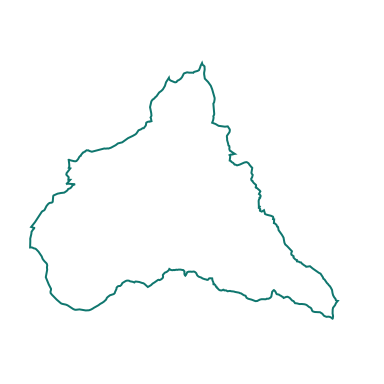 Toplita, Harghita, Romania (Equal Earth projection), rotated 276°
{"feature_id": "2599482B58204305263663", "entity_name": "Toplita", "entity_type": "district", "adm_level": 2, "iso_a3": "ROU", "parent_name": "Romania", "parent_adm1": "Harghita", "projection": "equal_earth", "projection_center": [25.313, 46.98], "detail": "fine", "context": "isolated", "style": "outline", "palette": "teal", "viewbox_px": 384, "rotation_deg": 276, "n_neighbors": 0, "source": "geoboundaries", "source_scale": "gbopen_adm2", "svg_char_len": 5907}
<svg xmlns="http://www.w3.org/2000/svg" viewBox="0 0 384 384"><g transform="rotate(276 192 192)"><path d="M98.9,348.3L98.9,347.5L99.4,346.4L100.8,345.8L102.2,344.4L104.1,343.1L106.2,342.3L109.2,341.5L111.6,339.9L113.0,338.7L113.5,337.9L114.5,337.1L115.6,335.7L118.8,333.0L119.6,331.6L120.6,331.3L124.2,328.4L124.9,326.6L128.5,320.1L130.5,317.1L129.6,313.6L129.6,313.3L130.1,312.9L130.8,311.3L132.3,308.8L133.4,307.7L133.3,306.6L133.9,305.4L134.0,303.6L135.3,303.4L135.3,302.8L135.9,301.6L137.4,299.8L138.7,299.8L140.1,297.4L141.5,297.1L143.5,297.6L148.0,292.4L149.6,290.2L151.3,289.2L156.2,287.8L158.8,285.9L163.1,282.1L165.9,281.3L166.4,281.0L166.4,280.4L166.7,280.2L168.2,279.4L169.4,277.7L169.6,276.7L173.4,276.6L173.5,275.4L175.1,275.5L175.9,275.1L176.6,273.1L177.0,270.1L177.3,268.4L177.7,267.0L181.4,265.5L179.8,263.4L180.4,261.6L181.0,261.4L182.0,261.7L182.4,261.4L183.0,260.3L184.2,260.8L184.2,260.2L184.6,260.3L184.6,260.0L190.1,259.2L191.7,259.4L193.2,260.3L193.6,259.9L194.0,260.4L195.2,260.7L196.0,260.2L197.0,258.8L199.8,259.9L200.7,259.0L202.7,256.2L202.7,255.8L203.0,255.1L203.3,254.9L203.5,255.2L205.4,255.0L205.7,254.7L205.9,254.7L207.4,252.5L209.1,250.9L209.4,250.9L209.6,250.2L210.3,249.7L211.4,249.5L212.8,250.2L215.3,250.6L216.6,249.4L217.3,249.1L222.3,249.4L223.2,248.4L223.4,247.9L224.4,247.2L224.6,246.7L226.4,245.3L227.2,243.9L227.4,242.9L226.8,241.0L224.2,236.5L223.2,234.0L223.8,232.3L223.7,231.5L225.2,230.0L226.0,228.2L226.8,227.4L227.2,226.2L231.7,226.3L232.6,225.5L233.2,226.5L233.6,228.6L234.1,229.5L234.4,230.6L236.1,227.2L236.5,226.8L236.7,225.8L237.7,225.0L238.8,224.6L240.5,224.6L241.7,224.2L242.0,223.5L242.6,223.2L243.6,223.0L247.3,221.5L249.1,221.3L250.5,220.9L251.6,220.9L255.4,223.0L256.8,223.2L258.2,223.0L261.0,220.7L260.4,217.9L260.6,211.5L262.1,208.3L263.0,204.8L265.6,205.5L268.1,205.7L269.6,205.3L271.1,205.9L272.2,205.9L282.1,204.0L283.5,204.6L286.2,204.8L287.8,204.7L296.3,201.3L299.6,199.6L303.1,196.5L306.1,192.9L310.2,191.8L311.7,191.6L315.1,191.8L318.2,191.3L319.0,190.4L319.6,189.2L321.3,188.5L318.1,187.3L316.8,187.1L313.9,186.2L313.0,184.9L311.7,181.6L310.7,180.8L310.8,180.5L310.4,176.6L310.5,174.6L309.2,171.8L308.7,171.4L305.2,170.1L303.4,168.9L301.7,166.9L301.3,166.0L299.7,165.0L299.3,163.8L299.4,163.1L300.6,159.1L301.2,158.1L302.2,157.4L303.2,157.1L298.4,154.7L294.7,154.0L291.0,152.3L289.4,151.0L287.5,148.9L283.5,146.7L282.2,145.4L281.9,145.3L280.2,143.9L279.9,143.2L277.9,142.1L272.0,141.4L266.2,143.2L263.6,143.7L261.7,143.0L261.1,143.4L258.2,144.3L257.5,142.5L257.7,142.3L257.1,140.5L256.2,139.3L253.3,139.1L250.4,137.3L250.3,136.2L249.0,134.7L247.8,132.4L244.4,130.6L243.4,129.7L241.6,127.2L238.9,122.8L234.1,117.4L232.6,113.3L230.6,111.2L227.6,106.8L226.5,104.4L226.5,103.3L226.1,101.6L226.1,100.2L221.6,88.2L222.1,85.5L222.6,84.7L222.4,83.6L222.5,82.9L221.8,82.0L221.1,81.6L220.9,80.9L219.8,79.8L219.8,79.4L217.1,77.7L216.5,77.7L216.0,76.9L215.0,76.2L212.8,75.3L210.8,73.9L210.4,73.0L210.3,71.6L210.8,67.8L211.2,66.3L211.1,66.0L207.2,66.9L204.7,67.3L203.1,66.9L202.8,68.5L197.6,65.3L196.1,65.2L193.8,67.8L191.3,67.7L191.4,69.6L186.5,66.1L187.3,67.4L187.5,74.9L186.2,72.6L183.7,71.2L182.7,70.0L182.1,68.6L180.6,67.9L179.0,66.2L178.0,64.9L177.3,61.7L176.3,58.5L174.1,54.7L173.4,54.4L167.7,54.5L166.8,53.7L166.2,51.4L164.9,50.1L162.7,48.7L158.9,47.3L158.2,46.7L157.3,45.3L156.5,44.6L145.6,39.0L140.4,35.7L139.8,38.8L139.2,38.8L138.5,38.1L135.7,36.6L133.5,36.6L128.7,36.0L126.4,36.3L119.9,36.8L120.1,37.9L120.0,39.3L119.5,40.3L119.3,42.0L118.8,43.0L116.6,45.6L112.2,49.3L110.1,50.3L109.1,51.1L107.7,52.5L106.0,54.6L105.1,55.3L103.8,55.7L102.0,55.6L99.5,56.1L92.0,55.5L85.1,59.2L81.0,61.9L79.9,62.0L78.4,61.7L76.8,61.9L75.3,63.3L70.8,68.7L67.6,73.3L67.2,74.6L66.8,78.4L66.3,80.1L63.1,86.3L62.7,87.9L62.7,88.8L63.5,92.4L63.1,98.7L63.6,101.9L64.4,103.6L65.6,105.4L66.4,106.3L69.6,110.8L71.2,112.5L72.2,114.0L73.6,115.7L76.0,117.8L77.6,118.3L78.6,119.0L80.7,121.2L82.3,124.8L83.3,125.7L84.1,125.8L87.7,127.0L88.9,127.0L89.6,127.4L90.4,128.1L90.8,128.9L91.0,130.3L92.1,131.4L94.2,132.3L96.5,135.3L97.0,136.3L97.2,137.4L97.2,138.6L96.7,139.8L96.5,142.4L96.0,144.2L96.9,144.9L97.1,145.4L97.0,148.9L96.3,152.0L96.2,153.1L95.7,154.2L92.9,158.0L95.1,161.0L96.8,162.4L98.1,164.1L101.0,167.4L101.2,167.9L101.0,168.9L101.4,169.7L102.2,170.8L103.7,172.0L104.7,172.1L106.3,171.7L106.7,171.8L108.9,173.4L109.3,174.0L109.7,175.0L111.7,177.0L113.1,177.5L112.2,179.3L112.2,180.9L112.6,182.2L112.5,182.9L113.1,184.5L113.0,185.4L113.4,186.7L113.6,188.7L113.4,191.6L112.2,192.8L109.7,193.0L108.5,193.6L108.1,194.1L108.8,194.6L111.8,195.7L112.5,197.3L112.5,198.3L112.7,199.1L112.6,200.0L113.1,202.2L112.6,203.6L111.7,204.7L109.8,205.8L109.3,206.3L108.5,207.5L107.8,210.4L107.2,211.3L106.6,213.9L106.5,215.1L106.2,216.1L106.3,216.9L106.7,217.3L107.7,217.9L107.9,218.3L108.1,218.8L108.2,221.1L106.2,221.6L104.3,222.7L102.5,223.0L102.4,223.6L102.7,223.8L101.7,225.0L100.3,225.8L100.3,226.3L99.1,227.1L99.0,227.5L98.0,228.5L97.3,229.6L97.1,231.3L97.5,232.4L98.1,233.3L98.1,233.7L97.5,234.4L97.7,236.2L97.0,237.7L97.6,240.1L97.4,241.2L97.4,244.0L97.1,245.4L96.8,249.3L96.4,250.3L96.3,251.4L94.8,254.3L94.4,256.1L92.5,257.3L91.7,259.1L91.2,262.4L90.1,266.5L90.4,268.2L92.1,270.8L92.7,272.5L93.0,276.2L93.1,276.7L93.7,277.5L93.8,279.0L94.3,280.0L95.2,281.1L96.3,281.8L101.2,282.2L102.8,283.4L103.0,283.7L102.0,285.1L99.4,286.8L99.2,287.2L99.1,289.1L98.7,289.6L98.0,291.4L97.4,292.4L97.2,293.2L96.2,294.2L97.5,296.6L97.8,298.1L97.0,300.1L94.5,303.0L94.1,304.4L92.2,306.1L92.2,308.1L91.8,310.6L92.1,313.1L92.1,315.6L91.9,316.8L91.6,317.8L89.8,320.6L89.5,321.6L89.1,322.3L88.5,322.9L86.5,323.9L85.8,324.9L85.5,326.7L85.8,331.9L84.6,334.3L82.8,336.1L82.5,336.7L81.9,338.8L82.3,340.7L82.2,342.1L81.7,343.5L80.7,344.9L80.9,345.2L82.9,345.3L84.0,345.1L85.9,344.5L89.8,344.2L91.7,344.4L94.4,346.1L96.6,346.8L98.9,348.3Z" fill="none" stroke="#0f766e" stroke-width="2"/></g></svg>